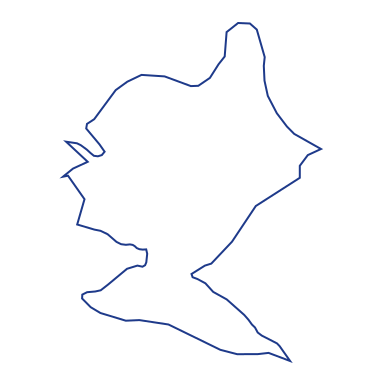 the Statistical Region of Nova Goriška
{"feature_id": "SVN-260", "entity_name": "Nova Goriška", "entity_type": "Statistical Region", "adm_level": 1, "iso_a3": "SVN", "parent_name": "Slovenia", "parent_adm1": "", "projection": "natural_earth1", "projection_center": [13.71, 45.972], "detail": "fine", "context": "isolated", "style": "outline", "palette": "blue", "viewbox_px": 384, "rotation_deg": 0, "n_neighbors": 0, "source": "natural_earth", "source_scale": "10m", "svg_char_len": 1261}
<svg xmlns="http://www.w3.org/2000/svg" viewBox="0 0 384 384"><path d="M77.2,224.5L84.5,199.2L68.0,175.7L63.0,176.7L63.7,176.1L73.0,168.6L87.7,161.8L66.1,141.7L77.0,143.3L80.8,145.2L86.8,149.6L90.6,153.1L93.9,155.8L97.9,156.3L101.8,155.1L104.6,151.7L99.5,144.4L86.2,128.5L87.0,123.9L94.2,119.2L115.7,90.1L127.3,81.7L141.5,74.9L164.6,76.4L190.9,86.1L198.3,85.8L209.9,77.9L218.6,64.2L224.7,56.5L226.6,32.1L238.1,23.0L249.9,23.5L256.8,29.6L264.7,57.1L263.8,65.8L264.5,80.7L267.8,95.9L276.8,113.2L286.9,126.5L294.2,133.9L321.0,149.0L307.8,155.1L299.8,165.8L299.8,177.8L255.8,206.0L232.0,241.7L211.3,263.6L204.9,265.6L191.5,274.0L192.6,277.2L197.4,279.0L205.4,283.3L213.2,291.9L226.7,299.4L244.2,314.9L248.5,319.8L251.9,324.5L255.0,327.5L257.7,332.5L261.8,335.6L277.0,343.4L279.6,346.1L290.1,361.0L268.6,352.9L258.0,354.1L237.2,354.2L220.3,349.8L168.5,324.5L139.4,320.1L125.8,320.7L100.4,313.0L90.7,307.2L82.1,298.5L82.3,294.6L87.1,292.2L95.2,291.5L100.7,290.3L107.9,284.7L127.0,268.8L137.4,265.6L142.5,266.7L145.1,265.2L146.3,262.3L147.2,253.8L146.2,249.4L142.7,249.6L139.4,249.2L136.8,248.1L134.7,246.1L132.7,244.9L129.9,244.4L125.9,244.8L121.1,244.2L116.5,241.9L107.6,234.2L100.5,230.8L94.4,229.6L77.2,224.5Z" fill="none" stroke="#1e3a8a" stroke-width="2"/></svg>